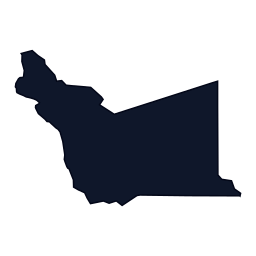 outline of Alameda, California, United States of America
{"feature_id": "52423323B34460466024259", "entity_name": "Alameda", "entity_type": "district", "adm_level": 2, "iso_a3": "USA", "parent_name": "United States of America", "parent_adm1": "California", "projection": "equal_earth", "projection_center": [-122.096, 37.68], "detail": "fine", "context": "isolated", "style": "filled", "palette": "ink", "viewbox_px": 256, "rotation_deg": 0, "n_neighbors": 0, "source": "geoboundaries", "source_scale": "gbopen_adm2", "svg_char_len": 1052}
<svg xmlns="http://www.w3.org/2000/svg" viewBox="0 0 256 256"><path d="M21.2,53.5L22.1,55.0L21.9,61.5L24.3,70.4L23.7,75.5L23.6,76.5L23.0,77.4L20.0,77.6L18.5,78.8L15.9,83.4L15.4,86.9L16.4,88.2L16.6,91.6L17.0,92.6L19.7,94.0L23.5,95.5L26.2,96.9L28.2,97.3L31.0,98.0L33.9,98.9L36.6,100.1L39.5,102.7L38.9,103.8L37.0,104.8L35.7,105.6L35.5,107.5L36.0,108.8L38.4,113.6L45.0,119.2L47.0,121.5L49.5,121.8L51.2,123.5L56.0,127.9L58.1,129.3L60.2,132.1L60.2,132.3L62.8,141.4L64.5,152.8L64.8,155.1L64.3,159.4L65.0,161.6L66.8,166.5L67.7,168.1L69.1,168.9L73.4,179.8L73.6,186.0L73.6,187.1L78.5,189.9L84.7,192.7L87.2,198.1L90.5,203.6L103.4,201.0L109.1,203.2L116.3,200.9L122.1,205.4L137.0,195.5L140.1,195.0L188.3,195.6L239.8,195.8L240.0,196.0L240.6,193.3L234.4,188.9L231.5,180.8L221.7,179.3L217.9,175.0L217.6,106.3L217.6,81.2L212.4,82.8L136.1,107.3L114.2,114.3L99.5,104.8L103.1,99.4L101.3,96.9L90.7,87.4L74.9,86.0L73.0,85.9L66.1,85.2L61.7,80.6L56.6,81.2L54.7,75.2L45.0,64.5L44.4,60.0L37.9,55.6L32.2,50.6L21.2,53.5Z" fill="#0f172a" stroke="#020617" stroke-width="1.5"/></svg>